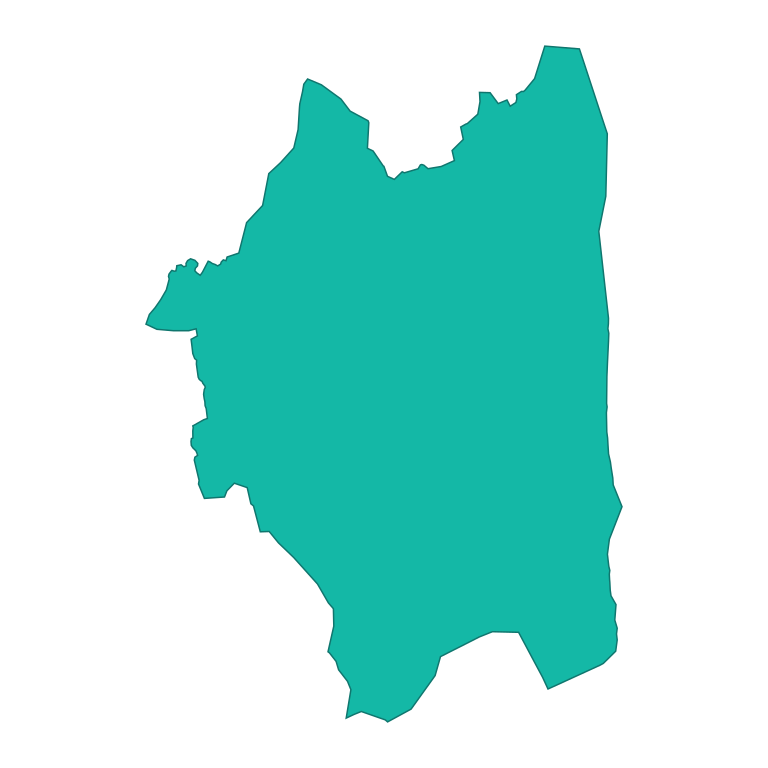 Dambam, Bauchi, Nigeria
{"feature_id": "59680162B91029831757376", "entity_name": "Dambam", "entity_type": "district", "adm_level": 2, "iso_a3": "NGA", "parent_name": "Nigeria", "parent_adm1": "Bauchi", "projection": "equal_earth", "projection_center": [10.732, 11.627], "detail": "fine", "context": "isolated", "style": "filled", "palette": "teal", "viewbox_px": 768, "rotation_deg": 0, "n_neighbors": 0, "source": "geoboundaries", "source_scale": "gbopen_adm2", "svg_char_len": 2815}
<svg xmlns="http://www.w3.org/2000/svg" viewBox="0 0 768 768"><path d="M544.8,46.1L534.6,78.6L525.1,90.2L523.5,91.5L521.5,91.4L516.4,94.7L516.8,98.9L515.9,102.5L510.2,106.2L507.0,100.0L498.2,103.6L490.1,92.7L479.5,92.4L480.0,101.6L477.8,114.2L467.3,123.6L465.8,124.1L460.7,127.0L463.3,139.4L452.1,150.5L454.4,160.6L441.2,166.5L428.0,168.7L423.9,165.2L421.8,164.5L420.4,164.9L418.1,168.8L404.4,172.8L402.2,171.8L394.3,179.4L387.5,176.3L383.9,166.3L383.2,165.9L373.1,151.0L367.4,148.3L367.6,144.7L368.8,122.7L368.1,120.8L350.1,111.1L341.0,99.1L321.4,84.8L307.6,79.0L303.8,84.2L302.5,91.8L299.8,103.8L299.5,107.1L298.1,129.6L293.8,148.0L280.6,162.6L268.8,173.6L262.6,205.5L246.6,222.6L245.4,227.4L238.8,253.1L227.1,257.0L226.0,260.7L223.3,259.9L221.2,262.1L220.6,264.1L217.7,265.9L215.2,264.5L212.3,263.5L209.8,261.8L208.2,261.2L202.4,272.3L200.2,275.3L198.5,274.1L196.7,272.8L194.8,270.7L195.4,268.2L197.5,265.9L197.8,263.4L194.9,260.3L190.6,258.8L187.6,260.6L186.0,263.4L186.2,265.9L183.8,266.8L181.1,264.8L176.8,265.7L176.6,267.7L175.9,270.9L174.2,271.2L171.9,270.4L171.2,271.1L169.0,274.1L168.5,276.4L169.2,279.0L168.5,281.8L166.3,290.0L160.6,299.8L155.1,307.7L149.4,314.4L146.0,324.2L156.9,329.3L173.3,330.7L188.8,330.7L196.1,328.8L197.4,335.9L191.1,339.3L192.0,346.5L192.8,353.6L194.7,358.6L196.6,360.1L196.4,364.1L198.2,377.2L199.2,379.3L200.8,380.7L202.0,381.3L202.8,383.2L205.0,386.2L205.2,387.6L204.3,389.4L203.8,392.7L203.6,394.3L204.2,398.6L204.9,401.8L205.0,404.1L205.1,405.7L206.2,408.6L207.4,418.5L203.8,419.7L192.8,425.9L193.2,427.5L192.8,430.9L192.9,438.0L191.4,438.6L191.0,441.6L191.3,445.4L192.9,447.9L195.9,450.8L196.9,453.1L197.6,455.4L194.9,457.2L194.3,460.1L199.1,480.4L198.5,484.0L204.4,498.4L224.5,497.0L226.9,490.8L234.3,483.2L242.5,486.0L247.2,487.6L250.9,503.8L253.5,505.9L260.3,531.8L269.2,531.5L278.5,542.9L293.6,557.4L317.5,584.0L328.4,602.9L333.4,608.7L333.8,626.1L328.0,651.8L329.4,652.8L336.1,661.4L336.2,661.7L338.6,669.8L347.5,681.3L350.9,689.7L346.2,718.1L354.1,714.4L361.3,711.5L385.3,719.9L387.6,721.9L411.1,709.1L435.1,675.6L440.5,656.6L479.4,636.9L492.4,631.7L518.6,632.3L534.3,661.8L542.6,677.3L548.0,689.0L572.7,677.7L585.8,671.7L600.4,665.0L603.3,663.4L615.7,651.2L616.0,648.9L617.2,639.9L616.5,633.9L617.2,628.2L614.8,620.1L616.0,604.6L611.0,595.8L610.2,589.9L609.8,582.0L609.6,579.8L609.3,574.2L609.8,570.4L608.8,566.3L608.1,560.3L607.6,555.8L607.4,554.3L609.4,539.1L622.0,506.7L613.2,484.9L612.8,478.0L611.2,467.9L610.4,461.9L610.2,461.1L608.5,453.7L608.5,453.1L608.0,445.3L607.6,438.0L606.8,432.0L606.6,422.3L606.4,412.6L607.1,406.9L606.6,403.5L606.9,376.4L607.5,362.0L608.5,341.4L608.8,333.3L607.9,328.7L608.4,323.8L608.5,318.3L598.8,231.3L605.8,196.3L607.3,133.8L602.9,120.5L582.7,58.9L579.4,48.9L544.8,46.1Z" fill="#14b8a6" stroke="#0f766e" stroke-width="1.5"/></svg>